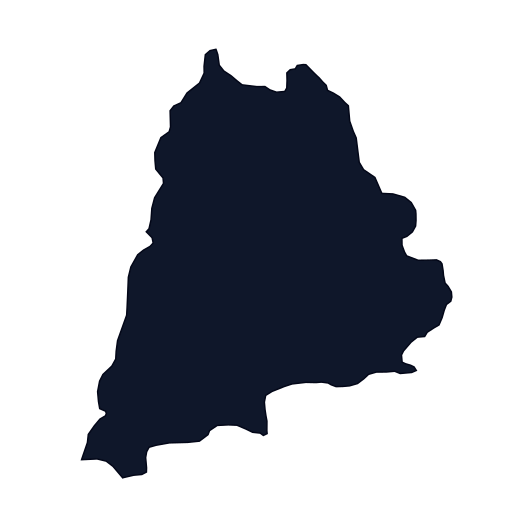 map outline of Prilep (Natural Earth projection), rotated 85°
{"feature_id": "MKD-2903", "entity_name": "Prilep", "entity_type": "Statistical Region", "adm_level": 1, "iso_a3": "MKD", "parent_name": "North Macedonia", "parent_adm1": "", "projection": "natural_earth1", "projection_center": [21.673, 41.269], "detail": "fine", "context": "isolated", "style": "filled", "palette": "ink", "viewbox_px": 512, "rotation_deg": 85, "n_neighbors": 0, "source": "natural_earth", "source_scale": "10m", "svg_char_len": 2377}
<svg xmlns="http://www.w3.org/2000/svg" viewBox="0 0 512 512"><g transform="rotate(85 256 256)"><path d="M465.4,408.1L453.1,416.8L447.3,423.1L444.3,432.0L443.7,447.5L443.2,447.3L427.2,440.2L419.1,438.6L411.0,431.8L404.8,425.6L402.1,419.9L399.8,418.8L397.5,419.4L394.4,425.0L387.2,425.6L377.3,425.6L367.0,422.7L360.7,418.8L353.1,409.2L346.4,404.7L338.7,403.6L328.3,401.3L319.8,397.4L303.7,390.0L296.0,388.9L279.4,386.7L266.0,385.0L256.0,381.6L244.4,373.7L240.3,367.5L237.2,360.7L234.1,357.3L228.7,357.9L222.3,363.2L219.5,360.2L210.8,357.4L199.4,355.6L189.1,351.9L175.6,341.8L170.1,341.8L166.1,344.6L160.6,348.3L152.2,348.3L144.1,347.8L129.8,340.4L124.7,331.7L120.0,329.9L111.9,329.4L103.8,328.9L99.4,324.8L96.8,317.4L87.6,310.5L78.8,297.2L69.3,291.7L62.4,291.2L51.0,288.9L47.4,283.9L46.6,277.9L47.5,277.6L52.1,276.5L62.7,276.0L68.9,271.9L74.4,265.0L79.6,259.9L84.3,254.9L87.3,240.6L88.0,232.3L91.7,227.7L94.6,221.3L94.6,213.0L91.3,210.7L84.0,209.8L76.3,209.3L73.4,205.7L73.0,200.6L69.8,198.3L69.4,192.3L69.8,189.6L78.2,182.7L81.6,179.8L84.0,177.6L88.4,174.4L92.1,171.2L97.2,170.3L100.5,164.7L104.9,158.8L110.8,154.2L114.4,150.9L120.7,150.9L129.8,150.9L140.4,148.2L147.1,145.9L171.7,145.0L179.4,141.3L188.1,130.7L197.7,127.5L204.6,125.2L206.1,114.2L210.5,102.7L216.3,96.7L224.4,93.0L224.8,93.0L228.0,93.0L234.6,93.5L240.1,94.4L245.6,98.1L249.6,104.0L251.1,109.1L258.0,109.6L265.0,107.7L269.0,105.9L274.4,94.8L275.2,84.3L275.6,76.5L277.7,72.8L280.0,71.4L286.9,70.9L291.7,70.9L299.4,70.0L303.0,67.3L308.8,64.5L314.0,64.5L318.0,65.9L320.9,70.5L326.4,73.2L333.7,76.0L340.6,79.7L343.2,85.2L346.9,92.1L350.9,95.0L350.9,102.4L355.4,109.1L363.4,117.3L367.3,119.7L374.5,119.7L376.4,116.4L378.3,111.5L380.3,108.2L384.0,106.3L385.6,111.1L385.6,122.6L382.9,127.9L382.9,136.5L382.1,146.1L383.7,154.2L387.7,159.3L391.9,166.0L393.5,174.1L393.5,180.8L393.1,187.6L390.8,192.4L388.8,195.2L387.3,201.9L387.3,207.2L386.2,217.3L386.6,231.2L388.5,239.3L392.3,251.8L395.7,258.5L402.3,260.4L409.9,260.4L416.4,260.0L421.4,259.5L430.9,260.4L433.9,260.4L435.4,264.3L432.8,267.2L431.3,274.8L427.5,281.1L422.9,289.7L421.8,298.3L421.4,309.4L425.9,317.5L429.8,319.4L435.5,328.5L435.7,340.3L434.6,358.5L435.8,372.0L437.2,379.2L441.5,382.0L447.2,383.5L453.3,383.5L457.5,383.5L461.7,384.0L463.7,388.8L463.7,396.9L465.2,407.5L465.3,407.8L465.4,408.1Z" fill="#0f172a" stroke="#020617" stroke-width="1.5"/></g></svg>